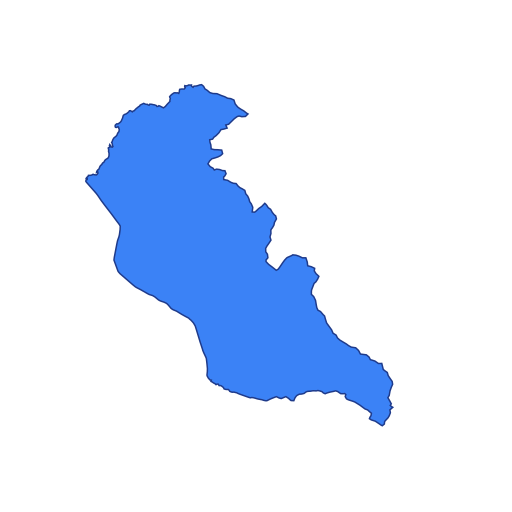 Sigowet/Soin, Rift Valley, Kenya (Mercator projection), rotated 294°
{"feature_id": "3690345B8364842533504", "entity_name": "Sigowet/Soin", "entity_type": "district", "adm_level": 2, "iso_a3": "KEN", "parent_name": "Kenya", "parent_adm1": "Rift Valley", "projection": "mercator", "projection_center": [35.118, -0.326], "detail": "fine", "context": "isolated", "style": "filled", "palette": "blue", "viewbox_px": 512, "rotation_deg": 294, "n_neighbors": 0, "source": "geoboundaries", "source_scale": "gbopen_adm2", "svg_char_len": 6065}
<svg xmlns="http://www.w3.org/2000/svg" viewBox="0 0 512 512"><g transform="rotate(294 256 256)"><path d="M390.4,136.6L389.3,134.9L388.2,133.8L386.8,132.0L386.3,130.9L385.7,130.1L384.5,129.9L384.7,128.8L385.1,127.8L386.0,127.5L385.4,126.4L384.9,125.0L384.0,124.3L382.9,122.9L382.7,121.7L381.5,122.0L381.1,122.9L380.2,122.8L379.2,122.4L378.8,121.3L378.4,120.3L377.2,118.5L376.1,118.7L374.7,119.2L373.1,119.3L373.2,118.1L372.5,116.7L372.2,115.6L371.6,114.7L369.5,113.4L368.1,112.8L367.2,112.5L366.4,112.3L365.8,112.8L365.0,113.7L363.5,113.9L362.2,114.5L358.9,113.3L355.6,112.3L353.7,111.2L353.9,107.3L353.8,106.1L353.0,105.8L352.3,104.7L352.9,103.8L352.8,101.9L352.4,100.3L352.2,99.1L351.5,97.2L350.2,97.0L350.1,96.0L350.4,95.1L349.9,94.0L349.7,92.7L349.8,91.4L347.5,89.4L346.5,88.7L345.5,88.7L344.6,87.9L343.3,87.4L342.4,86.8L341.4,86.4L339.1,85.6L338.5,84.8L337.4,84.4L337.7,82.2L337.2,81.3L336.1,81.2L334.0,80.2L332.7,79.3L331.8,78.3L330.5,77.6L328.9,77.8L327.8,78.0L326.8,78.0L324.5,78.0L323.2,77.7L321.8,77.0L320.5,76.1L320.2,75.1L319.3,74.6L318.2,74.2L317.1,74.6L316.4,75.3L316.8,76.5L318.0,77.3L317.6,78.2L316.7,78.8L316.1,79.6L313.8,80.2L312.7,79.8L311.2,79.7L309.8,79.8L308.7,79.5L305.9,78.1L303.6,77.9L302.2,78.1L301.0,77.9L300.4,78.8L299.5,79.4L298.6,79.9L298.0,80.7L297.1,80.6L296.7,79.3L297.6,78.2L298.3,77.1L297.1,77.2L296.4,77.9L295.6,78.0L294.8,77.1L294.0,77.4L293.1,78.3L291.8,78.6L290.0,80.0L287.9,80.9L286.5,81.1L285.1,80.9L283.2,79.6L282.2,79.1L279.5,78.8L278.7,78.1L277.8,77.9L276.7,77.9L275.5,77.2L273.9,77.0L272.7,77.1L271.4,77.1L270.4,76.5L269.5,76.3L268.6,76.1L267.6,76.3L268.6,77.1L267.5,77.9L266.0,77.7L265.1,77.2L264.4,75.0L264.4,73.9L263.5,73.3L262.6,72.4L261.5,70.1L260.6,70.2L258.8,69.4L257.9,69.3L258.1,70.4L257.2,70.7L256.5,69.8L255.1,70.1L254.5,70.9L252.7,74.8L248.3,84.4L247.0,86.8L243.8,91.9L240.9,97.1L235.6,106.9L231.5,114.1L230.1,116.7L229.0,118.6L228.1,119.8L224.9,121.1L220.1,122.5L218.2,122.9L213.6,123.3L210.3,124.0L197.1,127.1L194.5,127.9L186.0,136.1L185.5,136.9L184.5,139.1L179.7,154.9L178.8,158.2L178.6,159.5L178.3,164.5L177.5,172.3L177.4,174.1L177.8,177.5L177.7,178.6L177.5,180.2L176.3,184.5L176.1,185.7L176.1,187.6L176.4,190.4L176.4,192.5L176.3,193.4L176.1,194.4L175.3,196.3L173.6,199.7L173.3,201.2L173.2,202.4L173.3,205.8L172.5,211.8L172.1,216.3L171.9,219.7L171.3,221.2L171.1,222.2L170.2,224.4L169.4,226.1L167.4,228.9L164.7,231.3L155.1,239.6L149.0,245.1L148.2,245.7L146.3,247.7L143.1,251.4L142.2,252.3L138.2,254.7L133.4,257.4L130.5,258.6L127.4,259.6L126.6,260.1L125.0,262.2L124.0,264.5L124.4,265.7L123.1,265.9L123.1,267.0L122.7,269.3L122.7,270.5L122.2,271.8L123.0,272.4L123.6,273.5L122.6,275.0L123.1,276.0L123.3,277.0L122.8,279.1L122.4,280.0L121.6,280.9L121.8,282.5L122.2,283.7L122.8,285.0L122.4,286.0L121.7,287.1L121.7,288.5L121.9,289.7L122.4,290.6L122.8,291.7L122.9,292.6L123.2,293.9L123.1,295.6L123.2,297.7L123.8,305.3L124.0,307.6L124.2,308.6L124.9,309.5L125.4,310.9L125.7,312.6L125.9,314.2L126.1,315.6L126.8,318.7L127.1,319.8L127.3,321.9L127.7,323.7L128.2,324.8L131.1,327.2L133.1,329.1L135.8,331.8L135.7,334.8L136.0,337.0L139.7,340.5L139.2,343.6L138.5,345.6L138.2,346.8L139.2,349.4L142.0,349.3L144.2,349.7L145.4,350.2L147.4,351.8L148.5,353.9L150.0,355.8L152.3,357.1L153.1,357.9L153.7,358.9L154.7,360.8L155.9,362.6L156.3,363.4L157.3,365.9L158.3,367.3L158.7,369.2L158.9,371.6L158.3,373.2L158.3,375.2L159.2,376.0L160.2,377.1L161.8,379.0L163.7,381.7L165.2,383.6L165.4,385.7L164.7,389.4L165.7,391.8L166.4,392.9L166.0,394.4L163.8,394.7L162.3,396.8L162.2,398.5L162.3,399.9L162.7,403.5L162.8,405.7L162.0,411.6L160.6,417.8L160.8,420.5L160.0,422.9L159.3,425.4L156.9,426.0L155.1,425.7L153.5,425.8L153.2,427.5L153.2,428.5L153.6,431.9L153.5,432.9L152.8,437.0L152.4,438.9L152.3,440.4L154.7,441.6L156.8,440.9L157.8,441.0L161.8,442.4L164.2,442.7L167.5,442.5L169.9,440.9L173.4,442.5L173.6,441.1L174.1,439.4L176.0,439.7L178.1,437.0L180.2,434.1L182.8,434.4L187.3,433.3L191.3,433.0L194.4,433.0L196.8,431.4L198.6,428.4L200.5,425.4L203.0,423.3L203.5,420.7L204.1,418.4L209.0,414.6L207.6,411.5L208.4,407.4L208.1,404.6L207.8,402.7L209.7,400.3L210.6,397.0L208.9,391.3L211.4,388.1L212.7,384.4L211.5,380.1L211.8,376.9L212.4,374.3L212.8,370.8L213.3,366.8L214.3,363.7L216.3,361.4L216.8,357.8L219.3,355.1L223.5,347.8L226.2,345.4L229.1,343.0L229.7,341.3L231.5,337.5L231.7,334.6L233.6,332.5L236.5,330.5L239.7,328.4L242.4,325.2L243.5,322.2L246.2,321.0L247.5,320.6L248.8,320.5L254.6,320.2L256.7,321.2L259.8,321.7L263.0,321.7L264.3,318.0L266.1,315.3L268.6,314.6L268.7,310.8L268.1,307.2L271.3,305.3L274.6,302.3L273.2,299.1L273.3,295.2L273.0,292.2L272.0,289.1L271.0,288.5L267.5,285.3L266.7,284.8L263.8,283.8L260.5,283.1L255.4,282.2L252.9,281.6L251.2,280.3L252.5,275.3L253.4,271.3L253.9,269.9L255.0,267.4L256.5,266.8L259.2,267.6L262.3,265.7L263.8,263.2L267.0,261.7L269.8,262.0L272.8,262.6L276.6,263.2L279.1,261.0L282.6,260.5L285.3,259.2L286.3,259.0L288.5,259.5L291.4,259.8L293.0,259.5L294.1,259.2L298.2,259.6L300.7,257.6L300.9,256.5L301.4,255.2L302.5,253.1L304.6,250.3L305.1,247.5L306.7,245.1L307.3,243.8L307.7,242.6L303.6,241.1L300.5,239.2L296.4,237.5L295.4,236.8L294.7,234.6L298.4,233.5L299.2,233.2L301.7,230.5L303.1,228.1L304.6,226.9L305.6,226.0L307.3,224.1L308.7,221.3L311.4,219.1L311.8,215.8L311.9,213.5L312.6,211.2L314.1,208.4L313.2,205.6L313.1,203.0L313.6,199.3L312.7,195.4L315.1,194.3L316.3,194.9L319.0,195.2L321.3,192.9L320.4,190.7L320.2,187.6L319.3,184.6L317.6,182.9L318.7,181.1L319.0,177.8L320.6,174.6L324.1,175.0L326.8,176.1L329.0,178.7L331.0,180.9L333.3,182.8L335.9,183.9L338.8,181.6L337.4,177.5L336.2,174.6L335.6,171.5L339.2,169.5L341.4,167.5L343.4,166.4L345.1,168.8L347.3,169.2L349.8,170.6L353.5,172.0L357.2,172.6L358.9,175.0L361.1,177.6L363.4,175.1L365.2,177.4L372.5,180.3L375.4,181.9L376.1,182.5L377.0,183.6L377.5,186.4L379.2,189.6L382.5,190.9L382.7,189.3L383.6,185.8L383.9,182.7L384.1,181.4L384.5,179.3L384.8,178.4L386.5,175.1L389.5,172.4L389.5,168.9L388.6,165.9L388.8,162.7L388.5,159.0L388.4,154.3L386.9,150.5L386.5,147.4L387.5,144.1L387.9,141.4L389.7,139.1L390.4,136.6Z" fill="#3b82f6" stroke="#1e3a8a" stroke-width="1.5"/></g></svg>